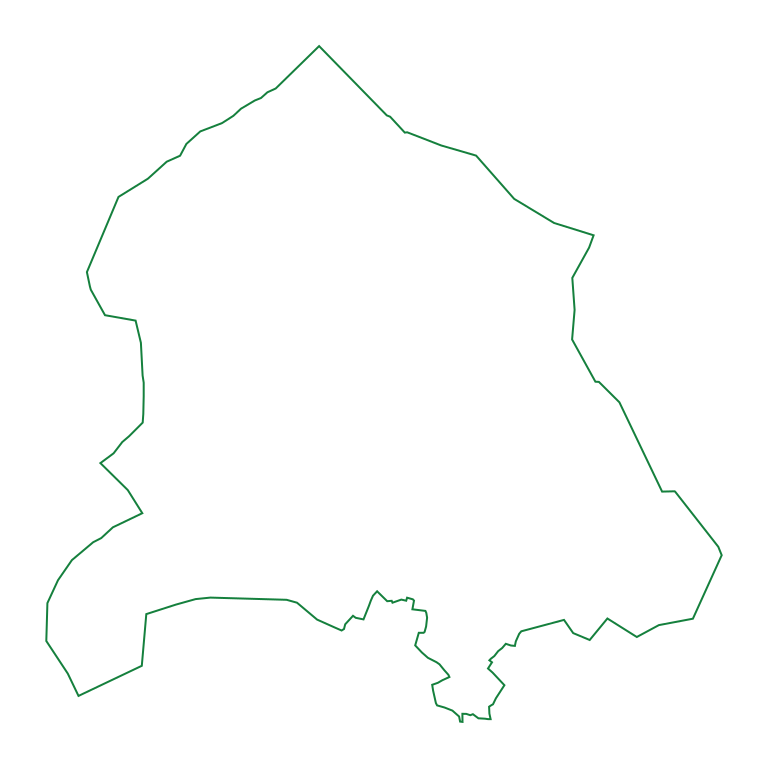 Ife Central, Osun, Nigeria
{"feature_id": "59680162B28710912427622", "entity_name": "Ife Central", "entity_type": "district", "adm_level": 2, "iso_a3": "NGA", "parent_name": "Nigeria", "parent_adm1": "Osun", "projection": "mercator", "projection_center": [4.539, 7.542], "detail": "fine", "context": "isolated", "style": "outline", "palette": "green", "viewbox_px": 768, "rotation_deg": 0, "n_neighbors": 0, "source": "geoboundaries", "source_scale": "gbopen_adm2", "svg_char_len": 1924}
<svg xmlns="http://www.w3.org/2000/svg" viewBox="0 0 768 768"><path d="M78.5,695.9L141.8,665.8L146.3,614.1L175.9,604.6L195.6,599.1L210.4,597.6L286.6,599.8L297.0,602.7L317.1,619.6L334.3,627.3L341.6,630.5L344.0,629.0L345.2,624.3L353.0,615.8L355.7,617.8L363.5,619.4L368.9,605.9L370.8,600.7L373.0,595.7L377.1,591.3L387.2,601.2L391.7,600.8L392.5,602.7L401.3,599.6L406.2,600.7L407.1,597.7L412.8,599.3L414.0,600.6L412.4,609.3L425.4,610.9L426.3,612.9L427.1,617.7L426.1,626.5L424.6,631.9L423.6,632.8L418.8,632.8L415.2,645.4L421.9,652.5L427.9,657.8L436.5,662.2L439.5,664.3L444.3,670.2L448.4,674.8L449.4,677.0L442.4,680.2L437.9,682.8L432.2,684.8L433.1,690.6L435.9,703.1L437.1,705.4L444.5,707.5L452.4,710.6L459.1,716.5L460.1,721.6L462.5,721.9L462.4,713.8L466.3,713.9L470.3,715.2L472.9,714.2L478.4,718.3L485.1,718.7L487.8,719.1L490.6,719.1L489.4,713.6L489.1,706.7L491.5,705.1L493.0,704.3L495.9,698.3L504.4,685.2L492.6,672.6L488.0,668.5L492.0,662.3L489.4,660.3L490.9,658.7L494.3,656.1L498.2,651.1L502.2,648.0L505.8,643.8L510.9,645.5L514.9,645.9L515.8,641.4L519.2,633.8L521.3,631.3L564.0,619.9L573.2,633.1L589.7,640.0L607.4,618.5L636.8,637.0L658.9,625.1L692.9,618.7L721.7,555.2L718.3,546.8L675.1,491.6L674.6,491.3L662.1,491.6L619.4,402.3L598.9,381.9L595.4,381.7L572.1,339.5L574.6,309.9L572.3,277.9L589.1,247.6L593.6,235.3L554.1,223.0L514.2,198.9L476.1,155.6L441.3,145.5L407.2,132.3L404.8,132.6L390.1,116.7L386.8,115.4L319.1,46.1L275.7,88.5L267.4,92.3L261.0,98.0L254.8,100.5L241.0,108.7L233.4,115.8L222.0,123.1L200.3,131.4L186.4,143.9L180.1,155.7L166.7,161.7L147.9,178.7L118.5,196.9L86.9,272.1L89.9,286.4L90.8,289.7L105.0,315.2L135.6,320.6L140.9,342.8L142.6,375.5L143.7,382.7L143.7,396.1L143.3,414.0L142.7,422.6L129.0,436.3L122.3,442.0L113.6,453.3L100.4,463.1L127.8,490.1L142.3,513.2L112.9,527.3L101.2,538.1L93.2,542.2L71.9,560.1L58.0,580.2L47.4,603.1L46.3,641.0L67.8,673.6L78.5,695.9Z" fill="none" stroke="#15803d" stroke-width="2"/></svg>